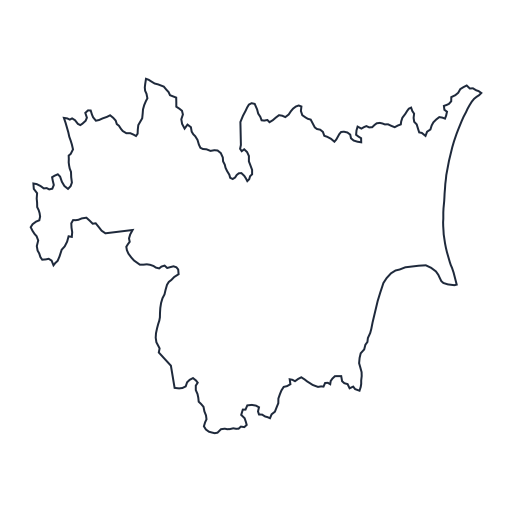 Valença, Bahia, Brazil
{"feature_id": "56859067B70637870066709", "entity_name": "Valença", "entity_type": "district", "adm_level": 2, "iso_a3": "BRA", "parent_name": "Brazil", "parent_adm1": "Bahia", "projection": "equal_earth", "projection_center": [-39.206, -13.363], "detail": "fine", "context": "isolated", "style": "outline", "palette": "slate", "viewbox_px": 512, "rotation_deg": 0, "n_neighbors": 0, "source": "geoboundaries", "source_scale": "gbopen_adm2", "svg_char_len": 6004}
<svg xmlns="http://www.w3.org/2000/svg" viewBox="0 0 512 512"><path d="M456.7,284.6L453.6,272.6L452.0,267.8L450.8,265.1L449.8,262.1L446.9,252.0L445.9,247.8L445.0,243.2L443.7,234.4L443.5,230.8L443.2,226.1L443.1,222.3L443.3,218.8L443.3,212.4L443.5,208.4L443.9,204.2L444.2,201.0L444.4,197.5L444.6,193.3L445.0,188.5L445.3,183.9L445.9,179.1L446.3,175.0L449.0,160.7L452.3,147.1L454.0,141.3L456.6,133.7L458.3,129.3L461.6,121.2L463.6,116.7L466.0,112.2L467.6,108.7L469.5,105.3L471.8,101.6L474.1,98.8L476.6,96.8L479.1,95.2L481.3,93.0L478.6,91.1L476.2,90.3L472.9,88.3L469.8,88.5L466.7,85.5L463.5,87.1L460.3,89.1L458.2,92.8L455.3,95.2L451.3,97.1L451.2,101.3L448.9,103.9L446.5,105.0L443.9,105.9L444.4,109.8L447.0,111.7L446.1,115.7L445.0,118.6L442.3,117.6L439.3,117.1L436.2,119.5L433.4,122.3L431.7,125.4L430.4,129.5L427.1,131.7L425.5,135.9L421.8,132.9L419.2,132.4L418.1,129.0L416.7,124.4L414.2,121.8L413.6,117.9L414.1,113.7L412.3,111.0L411.1,107.6L408.8,108.7L407.1,111.0L405.3,113.9L402.4,117.7L401.2,121.4L400.8,124.4L397.9,125.5L394.7,127.2L391.4,125.9L388.0,124.3L384.8,124.4L382.5,123.5L379.8,122.9L376.7,123.3L374.6,124.9L372.2,127.2L369.2,127.4L366.4,126.1L364.0,127.1L361.4,128.6L357.6,126.6L356.5,130.4L356.1,134.8L358.5,136.6L361.1,138.2L361.2,142.3L357.4,141.7L353.6,140.5L351.0,138.3L350.2,134.6L347.4,132.5L343.9,131.7L341.1,132.0L339.3,134.1L336.3,139.5L334.4,141.7L331.0,138.8L327.2,136.8L324.3,135.8L322.9,131.9L320.2,129.7L316.9,129.0L314.8,127.4L310.7,119.6L307.8,118.8L305.6,117.5L302.3,115.2L300.9,111.0L301.4,106.5L298.7,105.5L295.9,106.5L293.1,108.6L290.9,111.2L288.7,114.5L285.3,117.1L282.2,115.7L279.0,115.2L275.8,117.6L272.8,120.2L269.5,122.2L267.4,120.0L264.2,120.6L261.6,120.3L260.3,116.8L258.2,113.6L257.1,109.4L254.7,103.9L251.6,103.2L248.9,104.6L247.2,107.4L245.6,110.8L243.0,115.7L240.4,122.0L240.9,145.0L240.1,148.8L241.7,151.2L244.2,149.3L247.1,152.1L248.9,156.0L248.9,161.4L250.4,165.3L252.1,169.9L252.1,174.3L250.1,176.2L249.2,179.2L247.3,181.1L245.9,178.4L244.3,175.9L241.4,173.1L238.8,173.3L236.7,175.0L235.1,177.5L232.7,179.0L230.2,177.8L229.3,174.7L227.0,170.9L225.5,167.7L224.8,164.7L223.1,161.4L222.8,157.5L220.8,153.1L217.6,150.5L214.4,150.2L210.5,150.9L206.5,149.3L202.9,149.0L200.4,147.8L198.9,144.6L197.5,139.9L195.2,136.2L193.3,134.3L191.7,131.7L190.9,127.2L187.5,124.6L184.6,128.6L182.1,123.9L181.3,119.3L182.9,114.5L182.0,110.8L179.4,108.7L176.3,106.7L176.3,102.3L176.2,97.6L170.0,95.2L168.6,92.1L166.2,89.5L163.8,86.6L158.1,84.4L154.6,83.5L151.0,81.3L148.7,79.8L146.0,78.8L145.2,84.0L144.8,87.4L145.1,90.7L146.5,93.8L147.4,98.3L145.9,101.1L144.2,105.1L143.0,109.4L142.7,113.4L142.2,118.3L139.9,122.3L138.3,125.1L137.8,129.5L137.6,133.7L136.0,136.0L133.5,134.6L130.3,133.2L126.3,133.2L122.7,131.0L120.9,128.8L118.9,125.7L116.8,124.1L115.7,120.6L113.2,117.8L110.1,115.3L106.9,116.9L102.6,118.4L99.1,120.0L95.9,120.7L93.1,117.3L91.9,114.4L90.7,110.5L88.0,110.4L85.3,112.9L86.9,117.7L85.6,120.8L82.4,123.7L80.3,125.1L77.9,123.9L75.0,120.2L72.1,118.4L69.8,119.6L67.2,118.4L63.9,117.9L65.6,122.9L68.3,132.3L69.3,136.8L70.7,140.7L71.9,144.6L73.0,149.4L70.7,153.9L68.7,155.6L68.8,159.2L68.7,162.4L69.1,165.5L69.7,168.5L71.0,171.9L71.2,177.2L71.9,182.6L70.6,186.2L68.0,188.9L64.4,186.0L61.9,181.8L60.1,176.6L57.8,174.3L54.6,175.7L52.1,177.2L52.7,180.4L53.8,185.0L52.3,188.7L49.2,189.4L46.7,188.1L43.8,188.4L40.5,186.0L36.7,184.1L33.4,183.5L33.8,188.9L37.1,193.2L36.7,198.5L37.1,202.8L37.2,207.1L38.7,210.2L39.6,213.2L40.1,216.6L39.3,220.3L36.1,221.6L32.6,224.2L30.7,227.2L32.5,230.8L34.6,234.0L36.6,236.2L38.2,240.5L36.8,246.1L37.6,250.6L39.2,253.4L40.4,257.1L42.2,259.7L45.8,259.4L48.7,258.8L51.6,260.6L53.5,265.3L55.2,263.1L57.6,260.9L59.5,256.5L61.7,249.7L64.7,246.4L67.1,241.7L68.6,236.3L71.8,236.9L72.2,232.2L71.5,227.6L71.3,223.3L73.1,220.1L75.6,220.2L78.4,219.8L81.8,218.4L86.4,217.7L89.6,220.6L92.7,223.7L95.7,223.3L98.8,227.1L101.6,230.7L105.4,233.3L132.6,230.0L130.2,234.4L129.0,238.4L129.7,241.8L127.9,244.2L126.3,246.8L126.9,250.2L128.4,253.6L131.3,257.5L134.0,260.5L139.9,264.7L143.2,264.7L146.8,264.3L150.1,264.8L153.5,266.0L155.9,267.6L159.2,268.4L161.4,266.6L164.6,265.6L167.2,268.0L170.0,267.2L173.5,266.3L176.4,267.3L178.2,269.5L178.6,274.2L174.2,277.0L171.3,280.0L168.8,281.9L167.0,284.8L165.5,290.1L164.5,294.4L162.5,298.2L161.1,302.9L160.3,308.0L160.0,312.9L159.9,317.4L159.3,320.6L158.2,324.0L157.1,328.1L156.0,333.2L155.7,337.7L156.4,342.3L158.3,345.9L159.6,348.4L158.8,352.5L170.9,365.7L174.6,387.9L179.1,388.4L182.4,388.0L185.7,386.4L187.1,382.3L189.7,379.8L193.0,378.1L196.0,380.5L197.7,382.7L195.8,385.6L195.8,390.1L197.5,394.0L198.3,397.8L198.7,401.7L201.1,404.0L203.5,406.8L204.4,411.4L206.0,415.4L206.5,419.3L205.1,422.3L203.9,426.3L205.9,429.5L208.9,431.7L211.8,432.5L214.7,433.2L217.5,432.7L221.0,429.2L224.8,428.7L227.2,429.2L229.8,429.1L233.3,428.3L236.1,428.8L238.6,428.7L240.9,426.6L244.3,427.1L246.7,424.9L245.8,421.7L244.6,418.2L241.2,414.9L242.8,409.6L245.5,409.6L247.3,405.4L251.8,404.9L255.9,405.6L259.0,407.3L258.0,411.4L259.0,414.5L262.1,414.6L265.1,416.5L267.4,417.1L270.0,418.2L271.6,414.3L274.9,411.7L276.7,407.1L278.3,403.2L278.4,398.5L279.9,394.2L281.4,390.5L283.7,386.9L287.1,386.1L290.4,384.2L289.7,379.3L292.4,379.8L295.0,381.2L298.2,378.9L301.3,377.3L304.7,379.5L307.1,381.4L309.5,382.9L312.6,384.9L315.2,385.9L318.0,386.9L321.1,386.4L323.5,386.6L325.1,383.0L327.8,382.8L330.2,384.2L330.7,381.0L332.4,378.6L334.9,376.2L337.7,376.1L341.2,376.1L342.1,381.2L344.3,383.2L347.6,384.1L349.6,388.3L353.2,386.6L355.1,389.1L359.5,390.7L360.7,387.0L361.2,383.9L361.2,380.3L361.7,376.1L361.6,372.2L360.3,367.4L359.1,363.2L359.6,357.9L360.7,353.3L364.2,349.4L365.4,344.7L367.4,342.0L367.9,338.0L370.2,333.0L371.3,328.9L372.6,322.3L374.7,313.5L377.7,300.9L380.4,292.1L382.0,287.3L383.4,283.0L386.6,278.1L391.0,273.3L395.5,270.5L399.7,269.5L405.3,267.3L418.9,265.7L425.8,265.3L431.1,267.8L435.9,271.4L438.3,274.8L439.7,277.8L441.3,281.1L443.4,283.0L447.9,284.4L454.4,285.2L456.7,284.6Z" fill="none" stroke="#1e293b" stroke-width="2"/></svg>